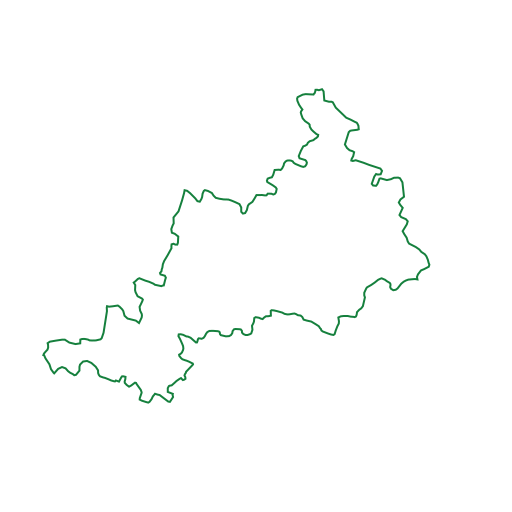 Idleb, Idlib, Syria (Albers equal-area conic projection), rotated 110°
{"feature_id": "27442178B9567094438554", "entity_name": "Idleb", "entity_type": "district", "adm_level": 2, "iso_a3": "SYR", "parent_name": "Syria", "parent_adm1": "Idlib", "projection": "albers", "projection_center": [36.811, 35.88], "detail": "fine", "context": "isolated", "style": "outline", "palette": "green", "viewbox_px": 512, "rotation_deg": 110, "n_neighbors": 0, "source": "geoboundaries", "source_scale": "gbopen_adm2", "svg_char_len": 6127}
<svg xmlns="http://www.w3.org/2000/svg" viewBox="0 0 512 512"><g transform="rotate(110 256 256)"><path d="M222.8,96.3L220.6,97.6L217.8,97.5L213.1,96.0L210.9,93.6L207.0,90.0L204.9,90.1L203.3,91.5L200.8,93.2L198.0,95.8L196.6,98.0L195.6,102.1L194.0,104.8L192.9,109.0L192.0,116.4L190.4,118.4L187.3,120.7L184.7,124.2L182.5,126.7L174.7,125.1L171.5,125.3L170.1,127.8L169.8,132.9L168.4,135.2L160.6,134.6L158.6,138.0L156.9,140.1L153.5,139.6L149.7,137.2L136.7,143.6L133.7,147.3L133.7,149.2L135.3,153.1L137.7,155.5L139.9,159.0L140.4,165.4L141.1,166.4L144.9,166.4L147.3,166.6L149.0,167.2L149.7,170.1L148.6,171.9L140.9,172.0L137.9,171.2L137.8,169.4L136.6,166.8L132.9,166.7L131.3,169.0L131.7,180.9L131.6,186.8L131.9,195.0L133.6,197.5L133.7,199.1L132.0,199.3L129.0,198.8L124.9,199.3L124.5,201.1L124.6,204.3L123.4,207.4L120.8,210.6L107.9,211.2L106.1,210.3L105.2,208.8L102.8,204.1L101.8,202.8L98.6,204.3L97.2,205.7L96.3,206.9L96.1,209.3L95.5,213.8L95.2,218.5L89.3,231.8L85.3,236.4L85.2,237.8L86.1,240.3L86.5,245.0L78.2,248.8L76.7,251.0L78.7,253.6L78.9,255.5L79.5,256.9L81.1,256.6L83.1,256.6L83.9,257.1L84.6,257.2L86.9,264.7L88.4,267.3L92.5,271.2L94.1,271.2L96.0,270.2L99.1,267.3L101.2,264.5L102.5,262.5L104.7,263.1L105.9,263.0L107.6,261.8L110.7,259.2L112.5,256.0L113.6,251.7L114.3,250.5L116.1,249.7L118.2,247.2L119.3,244.8L120.8,240.8L120.9,239.0L122.5,238.7L124.5,239.7L125.7,240.7L127.5,241.7L129.8,244.8L131.9,246.0L133.9,246.2L135.5,247.5L136.8,249.1L141.8,249.8L147.5,250.0L149.3,248.5L149.0,242.5L149.6,241.3L150.9,240.1L152.7,239.9L154.9,240.5L156.1,242.0L156.3,244.3L156.0,250.5L155.5,252.5L154.5,253.9L154.4,255.7L154.7,257.1L155.6,259.3L157.0,260.5L159.4,261.3L161.4,261.0L164.8,261.4L166.8,262.3L167.1,264.1L168.8,267.9L173.8,267.6L176.6,268.0L177.8,269.8L179.3,271.5L181.5,271.5L182.6,270.7L183.8,264.5L184.8,260.9L185.9,259.5L189.5,259.0L191.3,259.6L192.3,260.8L192.2,262.8L193.4,266.3L195.4,266.9L196.0,268.3L196.6,271.1L198.6,276.4L202.2,277.0L206.4,277.9L209.9,280.4L211.7,280.8L216.0,280.3L219.4,280.9L220.6,282.8L219.5,285.0L215.4,286.5L212.9,289.3L212.5,293.9L212.3,298.1L212.4,301.3L213.9,305.8L214.7,309.9L215.1,313.7L213.8,316.5L211.9,319.0L211.3,323.4L211.6,326.6L212.7,327.3L215.7,327.5L219.0,326.8L221.0,326.8L224.2,327.4L224.5,329.8L222.6,332.8L219.5,339.4L218.3,343.0L218.6,345.6L221.5,345.1L229.1,344.5L240.6,344.1L248.0,346.7L253.5,344.5L255.9,344.8L259.7,344.8L262.9,343.0L262.9,340.0L264.3,335.7L270.3,333.9L272.2,333.9L272.9,335.7L272.7,337.7L273.9,339.3L275.9,338.8L277.6,338.1L285.5,339.3L292.1,340.6L295.6,340.7L299.0,340.0L300.8,340.0L302.7,339.6L304.8,340.4L306.0,339.4L305.7,334.9L307.2,333.3L309.6,333.2L315.2,332.6L315.6,333.5L316.7,334.6L317.6,341.2L317.1,342.8L316.8,347.6L317.0,351.7L316.8,358.0L318.0,359.2L321.2,360.8L322.8,361.8L324.6,359.5L329.4,358.0L331.2,356.8L334.3,353.5L335.0,348.5L335.7,347.4L337.5,347.4L343.6,348.0L347.0,346.2L349.6,343.5L351.0,342.8L352.9,342.4L359.0,343.0L357.8,346.8L358.7,355.3L357.1,359.1L353.1,361.9L351.9,363.5L350.3,366.9L349.8,368.9L352.3,373.5L353.9,376.8L354.1,378.8L355.5,378.6L358.8,377.2L380.3,373.0L386.0,372.9L387.5,373.6L390.1,377.6L391.5,381.2L392.2,383.5L392.0,385.2L392.3,387.3L392.6,388.9L393.5,391.1L394.6,392.5L398.2,391.3L400.5,395.5L401.2,401.8L400.0,407.0L400.9,409.5L403.9,415.0L407.0,420.4L409.2,422.0L410.6,421.0L413.1,420.0L415.3,419.9L418.1,421.1L420.3,421.9L421.8,421.9L421.7,421.2L424.2,418.8L428.4,413.1L432.5,409.9L435.0,406.2L435.3,405.5L429.7,403.3L426.7,400.3L426.7,396.5L428.5,393.2L429.3,390.6L429.6,387.8L430.2,386.0L429.2,384.5L424.1,382.7L420.5,384.0L418.2,384.2L414.3,382.4L412.4,378.8L412.8,374.1L414.9,368.7L417.5,365.3L420.0,364.3L421.4,363.1L422.4,361.5L422.4,358.1L422.2,356.3L422.3,352.2L422.5,349.6L422.3,346.8L422.1,345.6L420.9,345.1L420.9,341.8L416.1,341.1L414.9,340.7L414.4,339.3L414.2,337.3L416.3,336.7L418.9,336.5L420.1,335.9L421.4,333.4L422.2,330.6L420.4,329.0L416.4,326.4L416.3,325.3L417.0,324.6L421.2,318.5L423.0,317.0L423.6,316.7L429.3,316.6L430.7,316.2L431.0,313.7L430.8,309.0L430.6,307.1L429.5,306.2L426.3,305.2L423.2,304.9L421.3,304.2L420.0,303.8L419.9,301.0L419.6,299.0L422.8,288.7L422.5,287.0L416.9,285.7L415.0,286.9L414.0,287.0L413.9,292.4L410.4,293.7L408.1,293.4L407.5,292.9L406.4,291.0L402.9,289.1L400.7,288.0L397.6,285.8L396.4,284.7L397.6,282.3L396.7,281.1L395.5,280.3L394.0,281.0L392.8,282.3L391.5,282.4L389.9,282.0L388.7,282.1L380.5,278.5L379.4,278.1L378.7,278.6L378.2,282.9L378.1,285.5L378.2,286.8L378.2,289.9L377.6,291.5L376.1,293.9L375.0,294.5L373.6,293.3L372.0,292.6L369.3,292.4L367.8,292.6L365.6,293.7L363.8,295.3L360.0,299.0L357.8,301.5L356.1,301.8L355.3,300.0L355.0,297.5L355.4,293.9L355.0,292.4L355.2,289.5L357.8,282.8L357.4,281.9L355.8,281.9L354.1,282.1L353.0,281.7L352.6,280.3L352.4,278.8L350.9,277.3L349.0,276.7L346.0,276.3L344.1,275.7L342.4,274.2L341.1,271.0L339.7,266.1L339.7,264.5L340.4,263.8L341.6,263.2L342.4,262.0L341.8,256.8L340.5,253.9L338.9,252.5L336.7,251.9L334.6,252.3L332.4,251.6L331.6,250.3L330.5,246.6L330.2,245.2L331.1,243.7L332.8,242.9L333.7,241.1L333.8,238.7L333.1,236.9L331.6,235.0L330.4,234.0L326.6,234.1L322.9,235.9L320.3,235.5L318.3,235.5L314.9,236.4L313.6,235.4L313.0,232.1L313.2,229.9L313.0,228.2L311.2,227.4L309.3,226.1L308.3,223.7L307.0,221.6L302.5,223.4L301.6,222.8L301.0,220.5L300.6,217.3L300.2,212.0L300.6,209.4L300.2,206.7L299.5,204.9L297.7,201.8L296.9,200.2L296.9,198.5L297.3,196.4L296.7,193.7L297.5,191.6L299.5,189.5L299.3,186.2L298.7,181.6L299.7,176.5L300.5,173.0L302.0,171.0L302.5,169.9L303.6,169.1L304.1,167.4L304.2,161.6L304.1,158.6L303.7,156.2L302.5,155.4L298.6,155.6L294.2,155.5L291.2,155.1L289.0,155.7L285.6,157.6L283.7,155.7L282.5,153.3L281.0,149.3L280.6,146.3L279.8,143.4L279.7,142.4L278.7,141.4L277.3,141.3L275.8,141.5L274.3,141.9L271.2,140.6L269.2,139.2L266.6,138.4L257.6,139.5L256.0,140.8L253.5,141.7L248.6,141.3L247.4,140.9L243.9,137.9L240.4,135.4L236.6,133.1L234.8,131.3L234.0,130.3L234.2,126.6L234.9,124.5L235.5,121.2L236.1,120.3L237.2,119.7L239.3,119.3L240.6,118.0L241.2,115.3L239.9,113.1L238.1,111.9L232.3,110.0L229.6,108.4L227.8,106.8L226.1,104.8L224.0,100.4L223.2,98.5L222.8,96.3Z" fill="none" stroke="#15803d" stroke-width="2"/></g></svg>